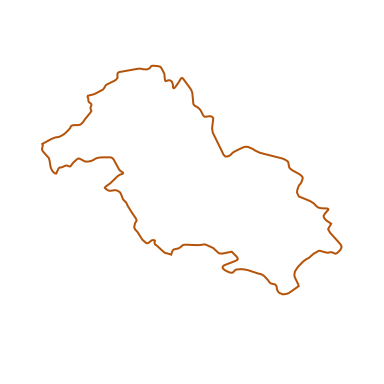 the Province of Uruzgan, rotated 51°
{"feature_id": "AFG-1752", "entity_name": "Uruzgan", "entity_type": "Province", "adm_level": 1, "iso_a3": "AFG", "parent_name": "Afghanistan", "parent_adm1": "", "projection": "robinson", "projection_center": [66.006, 32.797], "detail": "fine", "context": "isolated", "style": "outline", "palette": "amber", "viewbox_px": 384, "rotation_deg": 51, "n_neighbors": 0, "source": "natural_earth", "source_scale": "10m", "svg_char_len": 4765}
<svg xmlns="http://www.w3.org/2000/svg" viewBox="0 0 384 384"><g transform="rotate(51 192 192)"><path d="M304.2,103.8L306.5,109.6L310.5,110.3L326.1,109.5L328.7,110.2L329.6,111.5L330.4,113.5L330.7,116.2L330.7,117.9L330.3,119.2L329.8,119.7L327.2,121.0L326.4,121.7L325.8,122.5L324.7,124.6L323.8,125.6L318.5,129.4L317.8,130.1L317.5,130.7L317.3,131.3L317.1,133.5L316.9,134.0L316.5,136.6L316.7,141.7L316.7,143.1L316.4,144.1L316.1,146.2L316.0,149.1L316.7,155.7L317.5,158.9L318.5,161.8L319.8,163.6L321.2,164.9L323.0,165.8L330.4,167.5L332.3,168.3L331.6,179.0L331.4,180.3L330.9,182.2L330.3,183.2L329.2,185.1L328.6,185.9L327.8,186.4L327.0,186.6L325.9,187.4L325.2,187.7L324.2,187.8L323.0,187.7L321.7,187.4L320.8,187.1L319.2,186.0L317.8,185.5L316.0,185.7L313.3,187.8L312.3,188.4L311.4,188.6L307.6,188.4L302.9,188.8L300.8,189.3L299.1,190.2L298.0,191.2L288.1,197.6L285.5,199.7L283.1,202.1L280.7,205.5L280.2,206.3L279.9,207.1L279.9,208.0L280.2,210.1L280.2,211.2L279.2,212.6L277.5,213.8L273.9,215.5L271.9,216.0L270.6,216.1L269.9,215.7L269.6,215.4L269.4,215.1L269.2,214.4L269.2,213.7L269.4,212.5L272.8,201.9L273.2,200.3L273.2,199.3L273.0,198.7L272.5,198.3L270.1,198.0L263.4,198.7L258.8,207.5L256.4,209.7L248.8,210.8L241.6,214.4L240.3,215.6L238.5,218.8L236.5,221.5L229.0,230.0L227.7,232.0L227.5,233.1L227.6,234.4L227.6,235.9L227.4,237.8L225.6,241.5L225.1,242.6L225.2,243.3L225.6,244.4L226.2,245.5L227.6,247.6L223.9,250.0L223.1,250.8L221.5,251.6L211.4,253.1L209.7,253.7L208.0,253.2L207.3,252.6L206.9,251.9L206.7,251.5L206.1,251.5L205.4,251.9L204.5,253.1L204.2,254.0L204.2,255.1L204.2,257.0L204.2,257.5L204.1,258.1L203.7,259.0L202.8,259.7L197.8,260.6L188.3,259.5L185.9,259.8L184.5,259.6L183.1,259.1L181.9,257.9L180.3,255.6L180.1,255.0L179.7,253.7L179.5,253.1L177.5,252.3L170.3,251.7L162.3,250.7L159.7,250.0L158.6,249.8L155.0,250.2L154.3,250.2L149.3,248.6L148.0,248.3L146.8,248.2L145.2,248.7L143.8,249.3L143.1,249.8L142.5,250.3L141.9,251.0L140.0,254.2L139.5,255.0L138.8,255.6L138.1,256.1L137.3,256.4L134.9,257.1L134.2,257.1L133.7,257.0L133.6,256.3L133.5,255.1L133.8,250.0L132.9,239.6L133.2,237.2L133.7,235.6L134.1,234.9L134.2,234.3L133.9,233.6L133.5,233.5L133.0,233.5L130.5,234.4L128.6,234.5L117.3,232.4L116.0,232.5L115.0,232.7L114.7,232.9L114.2,233.2L113.2,234.2L107.7,241.1L106.2,243.7L105.4,245.8L105.0,248.7L104.4,250.9L103.0,253.5L101.9,255.0L100.7,256.0L100.1,256.4L97.9,257.2L95.2,258.5L94.8,258.9L94.4,259.3L94.2,260.5L94.2,262.2L94.5,266.2L95.5,270.0L95.4,270.7L94.6,271.5L93.1,272.3L92.6,272.7L92.3,273.0L92.1,273.4L91.8,274.1L91.0,277.3L90.5,278.3L90.0,279.0L89.7,279.5L89.7,280.4L89.8,281.1L92.2,285.9L91.3,286.8L90.0,287.1L87.8,287.3L85.8,286.9L83.5,286.1L77.7,282.8L75.4,281.9L67.2,282.3L65.4,282.1L64.1,281.4L61.9,278.6L60.4,278.2L62.3,268.0L63.6,263.9L65.0,261.5L65.5,260.5L65.8,259.5L66.3,257.0L66.5,255.2L66.5,253.0L66.1,249.0L65.7,247.0L65.2,245.5L64.8,244.9L64.7,244.1L64.9,243.2L65.6,241.8L67.9,239.0L69.2,236.9L69.4,235.4L69.2,232.9L68.1,229.4L66.4,221.2L65.8,219.3L64.1,218.6L63.4,218.5L62.8,218.0L62.1,217.2L61.5,215.8L60.9,215.2L59.9,214.9L57.5,215.5L56.9,215.5L56.2,215.3L54.7,214.2L53.5,213.6L52.4,213.4L52.0,212.8L51.7,212.3L54.5,206.3L56.4,196.6L56.0,195.3L55.6,193.7L55.2,193.0L54.9,192.2L54.8,191.2L55.0,189.8L56.7,182.4L56.9,180.8L56.8,179.8L56.6,179.0L56.4,178.2L56.0,177.6L55.4,177.2L54.1,176.4L53.6,175.9L53.1,175.3L52.8,174.6L52.8,173.9L53.0,173.1L62.1,156.6L63.8,154.3L65.6,152.9L68.3,150.0L68.9,148.5L69.0,147.4L69.1,146.5L68.9,145.9L68.5,144.4L68.9,143.5L69.7,142.4L73.1,139.0L74.3,138.1L75.2,137.7L78.0,138.1L82.7,139.1L87.2,142.1L88.5,142.7L89.3,142.7L89.7,141.9L90.0,140.7L90.6,139.6L91.5,138.8L93.4,138.2L95.2,138.7L96.8,139.5L98.9,140.9L99.8,140.9L100.1,140.3L99.9,138.8L98.4,133.4L97.0,129.6L96.8,128.7L97.2,127.9L98.5,127.6L110.9,128.2L112.6,128.5L114.1,129.0L115.5,129.6L124.4,135.5L125.5,135.7L126.6,135.6L129.8,134.3L131.4,134.0L133.0,133.9L134.4,134.0L139.6,135.1L140.7,135.1L141.6,134.6L142.2,133.9L144.1,130.7L145.6,129.3L146.9,129.0L147.9,129.0L149.3,130.3L155.1,136.3L159.0,138.5L178.2,142.9L182.8,144.0L185.2,143.8L185.9,143.1L186.7,142.1L187.2,140.7L187.4,139.5L187.4,138.1L187.2,136.8L187.1,135.4L187.3,133.6L189.2,125.2L190.2,122.4L191.3,121.0L192.4,120.0L196.7,117.7L199.6,116.8L204.2,114.6L222.7,100.8L225.7,99.2L227.6,98.6L228.9,98.4L229.6,98.5L232.9,100.4L234.3,101.0L236.1,100.9L238.4,100.3L245.7,97.3L247.8,96.8L249.1,96.7L250.0,96.8L250.7,97.1L251.2,97.5L253.2,100.7L253.6,101.7L253.9,102.8L254.0,103.8L254.2,104.7L254.9,106.0L256.4,108.5L258.3,110.7L262.6,111.8L273.4,105.9L277.5,104.5L280.7,104.3L283.2,103.8L284.9,102.7L286.6,101.1L289.7,97.5L290.6,96.9L291.2,96.9L291.7,97.6L292.2,101.2L293.1,104.3L293.7,105.0L294.7,105.5L297.2,105.7L299.1,105.4L304.2,103.8Z" fill="none" stroke="#b45309" stroke-width="2"/></g></svg>